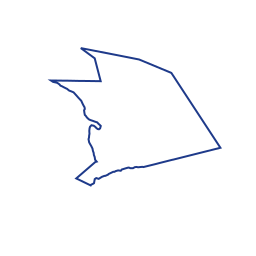 the district of San Miguel Santa Flor, Oaxaca, Mexico, rotated 299°
{"feature_id": "50627088B38442506685774", "entity_name": "San Miguel Santa Flor", "entity_type": "district", "adm_level": 2, "iso_a3": "MEX", "parent_name": "Mexico", "parent_adm1": "Oaxaca", "projection": "equal_earth", "projection_center": [-96.811, 17.921], "detail": "fine", "context": "isolated", "style": "outline", "palette": "blue", "viewbox_px": 256, "rotation_deg": 299, "n_neighbors": 0, "source": "geoboundaries", "source_scale": "gbopen_adm2", "svg_char_len": 1359}
<svg xmlns="http://www.w3.org/2000/svg" viewBox="0 0 256 256"><g transform="rotate(299 128 128)"><path d="M155.5,218.4L197.2,139.2L193.3,104.5L186.0,81.8L175.0,48.0L172.8,65.1L155.7,81.4L149.0,68.9L145.1,61.7L139.4,50.9L138.7,49.7L136.3,45.2L132.2,37.6L132.0,40.1L132.9,43.1L133.2,44.4L132.9,46.9L132.3,48.4L132.5,50.2L132.5,51.9L132.6,54.5L132.7,55.8L132.4,57.2L132.2,58.5L132.5,60.3L132.8,63.1L131.3,67.5L130.3,70.3L129.1,74.0L127.3,76.4L126.3,77.9L125.6,79.0L125.1,79.9L123.7,81.0L122.2,81.0L120.3,82.4L118.5,83.9L118.2,85.1L117.3,86.9L116.6,89.5L116.7,91.2L117.2,93.8L117.5,95.9L118.0,98.4L117.4,100.0L117.1,101.5L116.6,103.2L114.1,103.8L112.8,103.2L112.4,102.0L112.6,100.4L113.1,99.0L113.4,97.0L112.7,94.7L110.7,94.2L109.2,94.5L106.8,95.5L105.5,96.3L104.3,97.1L102.5,97.7L100.8,98.5L99.1,98.9L96.6,101.0L95.4,102.9L94.4,104.6L92.8,106.9L91.0,108.4L89.6,110.0L87.9,111.2L86.5,112.9L84.3,114.6L83.4,116.9L82.4,115.9L58.8,107.2L59.7,123.2L60.5,123.2L62.6,124.7L63.3,125.0L67.2,123.7L68.8,124.5L69.3,127.0L72.7,128.9L74.7,130.6L75.2,131.4L77.6,133.2L78.3,133.3L82.5,136.3L83.1,137.4L84.3,138.1L86.1,139.9L87.1,142.4L88.7,142.7L91.8,145.7L93.1,147.0L93.8,147.9L94.0,149.6L95.2,151.8L97.1,153.0L98.1,154.4L98.5,155.8L101.0,159.4L101.3,160.4L110.2,170.0L112.7,172.6L121.9,182.4L122.0,182.6L155.5,218.4Z" fill="none" stroke="#1e3a8a" stroke-width="2"/></g></svg>